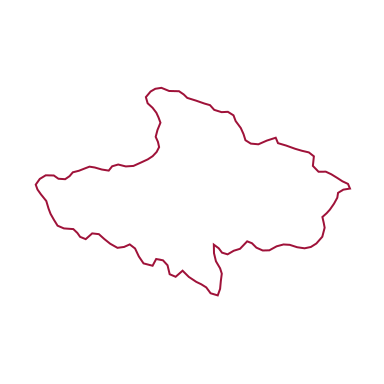 São João do Oriente, Minas Gerais, Brazil (orthographic projection), rotated 279°
{"feature_id": "56859067B69019136303684", "entity_name": "São João do Oriente", "entity_type": "district", "adm_level": 2, "iso_a3": "BRA", "parent_name": "Brazil", "parent_adm1": "Minas Gerais", "projection": "orthographic", "projection_center": [-42.171, -19.35], "detail": "fine", "context": "isolated", "style": "outline", "palette": "rose", "viewbox_px": 384, "rotation_deg": 279, "n_neighbors": 0, "source": "geoboundaries", "source_scale": "gbopen_adm2", "svg_char_len": 1806}
<svg xmlns="http://www.w3.org/2000/svg" viewBox="0 0 384 384"><g transform="rotate(279 192 192)"><path d="M282.9,181.6L284.2,172.6L287.1,168.5L289.5,163.4L288.2,153.6L290.1,145.5L288.2,139.6L284.8,135.4L278.5,131.6L272.7,134.3L269.0,139.9L264.7,144.4L260.5,147.2L255.5,150.0L247.8,148.2L240.8,147.5L236.2,150.5L231.2,152.5L226.0,150.8L221.2,147.5L217.3,143.2L213.6,137.7L208.6,130.1L206.9,122.6L207.6,114.8L204.9,109.1L200.1,106.4L200.1,99.4L201.0,92.1L201.0,86.8L198.3,82.1L195.3,77.0L192.8,71.2L188.5,68.6L184.8,64.7L184.2,58.0L186.7,52.9L185.6,44.9L181.1,39.6L174.8,36.5L170.3,39.0L166.1,43.1L160.3,49.5L153.2,52.9L148.3,55.7L142.9,60.0L137.7,64.5L136.0,71.2L136.8,80.6L133.6,85.2L130.2,88.5L128.8,94.4L135.5,99.9L135.8,106.6L131.8,112.8L128.1,119.3L125.2,127.1L127.1,133.5L130.5,138.7L127.3,144.6L120.0,149.6L113.9,155.3L113.0,164.6L120.2,167.1L120.0,174.0L115.8,179.3L107.3,182.8L105.7,189.1L112.8,195.0L107.6,202.2L103.9,210.3L102.3,215.6L100.0,221.0L94.9,226.2L93.9,233.6L100.7,234.9L108.6,234.4L116.0,234.2L121.0,231.7L127.3,226.5L135.0,223.3L143.4,221.8L140.6,227.2L136.8,231.1L136.0,236.9L140.5,242.4L143.4,248.3L147.4,251.1L151.9,254.2L150.8,259.2L147.1,264.3L145.3,271.0L146.5,277.5L151.6,284.1L154.5,290.6L155.1,296.8L153.9,304.5L154.0,312.0L156.3,318.0L160.6,322.9L168.2,327.7L177.5,328.6L182.2,326.9L187.7,324.7L192.1,328.3L196.1,330.9L202.7,334.1L209.1,336.4L214.0,336.4L218.0,341.1L220.1,347.5L224.4,344.8L226.1,338.9L228.6,333.3L231.3,326.8L233.0,321.0L231.8,313.8L236.7,307.3L246.3,306.8L249.4,301.2L249.9,294.2L250.8,287.2L252.6,277.7L253.7,269.3L258.7,266.2L254.5,257.9L249.5,250.1L249.0,242.5L251.5,236.7L257.3,233.8L262.8,230.2L268.9,224.0L274.2,221.0L276.8,214.9L275.5,208.7L276.6,201.1L280.6,196.2L281.3,190.5L282.9,181.6Z" fill="none" stroke="#9f1239" stroke-width="2"/></g></svg>